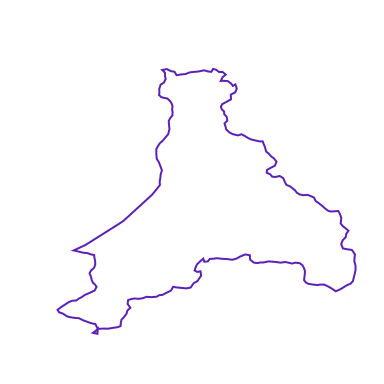 Dário Meira, Bahia, Brazil, rotated 261°
{"feature_id": "56859067B24603419273590", "entity_name": "Dário Meira", "entity_type": "district", "adm_level": 2, "iso_a3": "BRA", "parent_name": "Brazil", "parent_adm1": "Bahia", "projection": "robinson", "projection_center": [-39.99, -14.392], "detail": "fine", "context": "isolated", "style": "outline", "palette": "violet", "viewbox_px": 384, "rotation_deg": 261, "n_neighbors": 0, "source": "geoboundaries", "source_scale": "gbopen_adm2", "svg_char_len": 3371}
<svg xmlns="http://www.w3.org/2000/svg" viewBox="0 0 384 384"><g transform="rotate(261 192 192)"><path d="M73.0,324.1L75.6,330.1L76.7,334.3L78.8,337.0L81.4,338.1L84.6,339.4L87.0,340.5L90.2,341.5L94.0,342.0L97.7,341.5L100.7,342.0L105.0,343.2L109.8,340.8L111.2,336.2L112.7,332.2L117.1,331.2L120.8,333.3L123.4,336.8L126.5,337.8L129.2,340.4L131.5,338.6L134.7,335.6L137.6,333.9L142.9,335.4L147.0,334.7L150.3,333.6L150.6,330.6L150.9,326.4L152.1,323.6L155.1,320.7L157.5,318.8L161.0,315.6L163.8,312.7L167.5,311.6L171.1,305.8L171.4,301.5L172.7,298.1L174.9,295.4L177.7,293.9L182.0,290.0L184.3,286.3L187.7,285.2L191.4,284.3L194.1,281.1L193.8,276.7L194.6,273.6L197.3,272.0L199.3,268.8L202.1,269.6L203.6,273.7L205.0,278.0L208.8,280.2L212.5,278.1L214.6,275.9L218.0,273.7L220.4,271.5L225.0,271.1L228.2,270.3L230.9,269.8L231.4,266.5L233.2,262.2L234.7,258.5L236.3,256.1L239.1,252.9L241.3,249.9L240.7,246.3L242.8,241.2L244.9,238.4L248.5,235.5L252.0,235.3L254.6,234.8L257.0,238.1L261.0,238.0L263.8,236.0L266.5,236.3L268.9,234.4L271.6,233.8L274.0,235.5L275.7,240.3L277.4,245.0L282.1,245.5L283.7,250.3L287.2,252.4L291.5,251.7L290.4,248.9L292.9,247.7L295.9,244.7L296.9,240.7L297.2,237.8L300.6,240.2L302.7,243.7L305.7,241.0L306.3,237.5L309.0,234.9L310.3,232.1L307.7,229.9L308.5,226.7L310.3,223.0L310.0,216.9L310.3,213.0L310.5,208.5L309.5,204.0L309.8,199.8L309.8,195.0L313.5,193.5L314.7,190.0L317.3,186.5L317.2,181.7L314.1,183.9L310.8,183.6L307.6,183.6L304.4,181.3L302.9,177.8L298.8,175.7L295.4,175.4L293.0,174.6L290.6,176.4L289.2,179.4L288.2,182.3L285.2,184.6L282.4,185.8L279.5,186.2L277.0,185.3L274.1,185.3L270.6,184.6L268.5,182.1L265.7,180.1L261.9,179.8L257.7,179.6L252.8,177.5L249.6,173.8L247.3,171.2L245.3,168.0L243.3,166.1L240.0,163.5L235.1,162.7L230.3,162.4L226.4,164.0L222.5,164.8L218.1,165.7L214.3,163.8L211.5,163.1L207.3,161.7L203.9,161.4L198.6,155.6L195.6,152.2L185.6,137.1L174.1,119.6L171.7,114.3L156.4,78.6L152.8,66.0L150.9,70.7L149.2,74.6L147.9,79.4L146.2,82.3L145.1,85.5L142.3,85.3L139.5,85.6L135.5,85.1L132.4,83.4L130.3,80.0L127.8,78.1L124.5,78.9L120.7,79.2L118.1,79.9L115.6,81.8L113.2,82.9L109.9,80.4L108.4,75.2L107.1,70.0L105.3,66.4L104.4,63.5L103.0,60.9L103.3,56.2L102.3,52.6L100.8,49.3L98.9,44.9L96.7,40.8L94.0,41.9L92.0,45.6L88.9,48.9L87.5,51.7L86.1,56.2L85.0,60.6L82.3,64.4L80.0,68.6L78.2,71.8L76.7,75.9L71.6,77.5L70.9,83.4L70.1,87.9L70.2,92.7L70.1,97.1L70.7,100.4L73.5,101.1L76.9,102.4L79.1,105.3L82.2,108.4L85.0,109.6L87.2,113.0L91.5,110.9L95.3,112.0L95.8,115.6L95.8,118.7L94.8,122.7L94.8,126.8L95.6,130.7L94.5,135.3L94.1,140.7L95.2,143.5L95.0,146.8L96.4,150.9L97.9,155.8L101.3,158.5L100.2,161.7L98.6,167.8L97.7,171.2L97.8,175.6L101.8,179.6L103.1,183.4L105.3,185.4L107.9,187.9L112.3,188.0L112.3,184.6L114.1,182.3L116.7,183.6L119.7,185.6L122.2,189.1L124.4,192.7L121.2,193.2L121.0,196.9L123.1,199.0L122.8,202.6L122.7,206.4L121.6,210.1L120.3,216.0L118.8,221.2L119.2,225.4L120.7,229.4L122.0,234.8L120.5,239.2L116.1,238.8L112.6,242.0L111.6,245.5L111.7,248.5L111.2,251.6L111.5,256.6L110.5,260.9L109.6,264.3L108.4,268.3L108.2,273.3L107.0,276.5L105.7,279.6L106.0,283.3L104.8,287.3L102.3,289.7L99.2,290.7L96.4,291.2L93.9,290.7L90.6,289.8L87.4,288.9L84.8,290.3L83.1,292.6L81.6,297.2L80.5,301.1L80.5,304.2L79.9,308.0L77.7,311.3L75.3,314.3L73.4,316.4L71.4,318.5L73.0,324.1ZM71.6,77.5L69.8,74.9L68.4,72.1L66.7,76.4L71.6,77.5Z" fill="none" stroke="#5b21b6" stroke-width="2"/></g></svg>